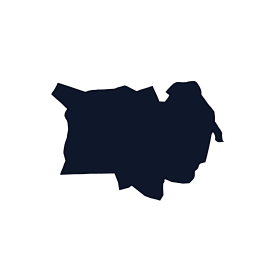 outline of Al-Hashimiya, Babil, Iraq, rotated 218°
{"feature_id": "34846034B94541768038664", "entity_name": "Al-Hashimiya", "entity_type": "district", "adm_level": 2, "iso_a3": "IRQ", "parent_name": "Iraq", "parent_adm1": "Babil", "projection": "albers", "projection_center": [44.815, 32.38], "detail": "fine", "context": "isolated", "style": "filled", "palette": "ink", "viewbox_px": 256, "rotation_deg": 218, "n_neighbors": 0, "source": "geoboundaries", "source_scale": "gbopen_adm2", "svg_char_len": 2438}
<svg xmlns="http://www.w3.org/2000/svg" viewBox="0 0 256 256"><g transform="rotate(218 128 128)"><path d="M210.4,119.9L209.9,118.3L209.5,116.2L208.9,111.8L208.9,109.5L208.6,108.0L201.7,107.5L195.6,107.2L191.3,106.7L190.0,106.5L187.3,106.5L186.8,104.7L186.7,103.0L186.3,101.2L185.1,99.0L182.7,97.7L180.2,96.8L178.2,95.3L176.3,93.3L173.7,90.5L172.5,88.3L171.4,86.1L169.7,83.3L168.4,79.4L167.1,76.1L165.4,72.9L164.0,70.5L162.9,69.0L160.7,67.3L158.5,65.7L157.6,65.0L156.5,64.2L155.6,60.8L154.1,56.3L152.9,51.8L152.4,50.5L151.8,51.0L142.6,58.9L136.3,63.9L130.1,69.3L122.2,75.5L114.0,82.2L110.7,84.8L101.8,79.5L96.7,74.7L91.2,81.9L91.0,83.2L90.0,85.6L73.1,85.5L67.5,87.3L60.8,90.3L58.8,91.0L59.4,96.5L64.1,102.0L65.8,104.3L66.7,105.5L66.9,107.9L67.1,108.1L68.5,109.5L67.3,111.4L61.0,112.9L57.4,114.9L52.9,117.5L50.9,118.6L47.3,121.8L46.2,122.9L46.1,124.6L45.9,126.3L45.8,128.8L46.4,130.8L49.1,134.3L49.4,135.9L48.8,138.0L48.8,139.4L50.0,142.5L49.8,144.7L48.7,146.4L46.8,148.8L49.2,154.4L52.3,161.1L55.6,167.8L58.3,173.0L59.0,174.4L59.5,177.7L57.5,177.7L54.6,176.3L53.1,175.0L51.6,172.9L49.7,172.8L48.1,173.3L45.6,175.7L45.8,175.7L47.8,177.3L49.8,179.4L51.3,181.5L52.4,182.0L53.4,182.5L55.4,183.2L56.6,183.4L58.3,184.1L59.8,184.7L61.3,185.2L62.7,185.7L63.8,185.8L65.0,187.4L66.8,189.7L69.0,192.0L69.8,192.8L70.4,193.4L72.6,193.9L74.4,194.5L75.9,194.8L77.1,195.0L78.2,195.2L80.7,195.8L83.0,196.5L85.5,197.3L87.1,197.7L89.6,198.4L90.7,198.7L91.4,199.2L93.0,201.2L94.2,202.3L95.3,202.9L97.2,203.9L99.3,204.7L100.1,204.9L100.5,205.0L101.2,205.4L102.3,205.5L103.7,205.4L104.5,205.1L105.1,204.4L106.5,203.3L107.9,201.9L109.1,200.5L109.7,199.5L111.5,198.1L112.5,197.1L115.3,195.3L117.6,193.4L118.1,192.1L118.7,190.9L119.1,188.8L119.4,186.3L119.7,183.1L119.8,181.6L119.8,180.1L118.5,180.1L117.4,180.1L116.0,180.1L115.0,180.1L114.5,177.4L114.4,175.2L114.4,173.5L114.4,172.3L114.5,170.9L115.1,170.5L116.0,169.9L117.8,168.6L119.5,167.3L121.6,168.5L124.6,170.3L129.7,172.9L132.9,174.6L134.3,175.4L136.6,171.8L140.0,167.0L141.8,164.4L143.1,162.0L144.1,161.5L146.5,161.1L149.3,160.5L153.8,159.7L155.4,159.2L156.3,158.9L158.0,156.5L160.6,153.1L161.8,150.8L163.5,149.0L165.4,147.4L167.8,145.2L170.6,142.7L173.0,140.7L175.0,139.1L176.6,137.4L178.3,136.1L179.2,135.2L180.9,133.3L182.3,131.3L183.4,129.6L186.2,128.6L194.2,125.8L199.1,124.1L201.9,123.1L202.9,122.7L207.7,121.0L209.3,120.4L210.4,119.9Z" fill="#0f172a" stroke="#020617" stroke-width="1.5"/></g></svg>